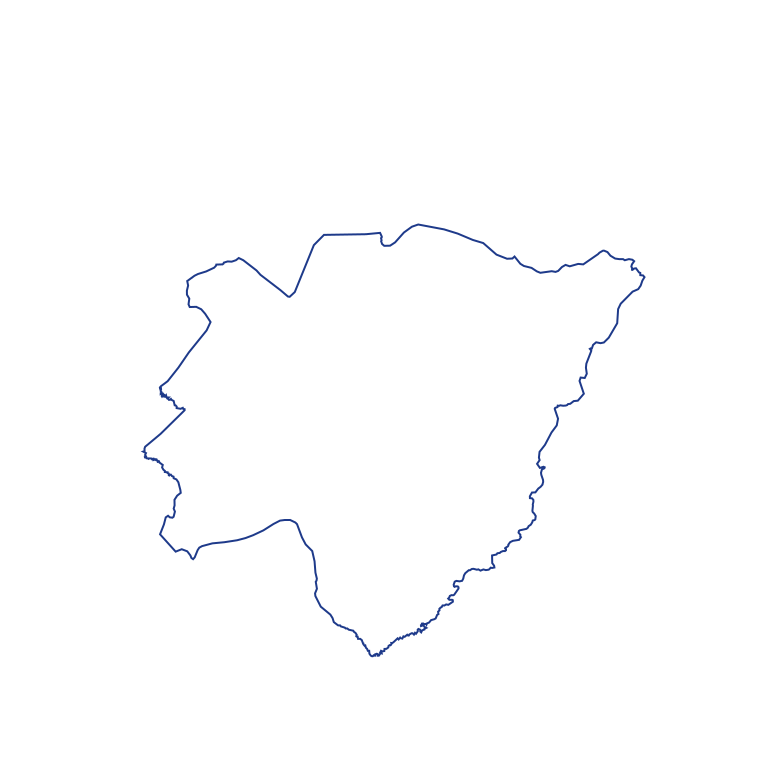 the district of Pangi, Maniema, Democratic Republic of the Congo, rotated 47°
{"feature_id": "63176286B98681964412172", "entity_name": "Pangi", "entity_type": "district", "adm_level": 2, "iso_a3": "COD", "parent_name": "Democratic Republic of the Congo", "parent_adm1": "Maniema", "projection": "orthographic", "projection_center": [26.781, -3.132], "detail": "fine", "context": "isolated", "style": "outline", "palette": "blue", "viewbox_px": 768, "rotation_deg": 47, "n_neighbors": 0, "source": "geoboundaries", "source_scale": "gbopen_adm2", "svg_char_len": 6165}
<svg xmlns="http://www.w3.org/2000/svg" viewBox="0 0 768 768"><g transform="rotate(47 384 384)"><path d="M420.7,170.0L419.8,174.1L420.1,179.5L419.0,182.1L415.9,184.4L409.3,193.8L405.9,195.4L399.7,196.9L393.1,201.2L389.1,202.3L379.8,201.6L379.8,204.5L376.3,208.6L366.1,213.5L348.6,215.3L339.2,220.8L324.3,227.5L311.9,234.6L290.7,250.2L288.0,256.3L286.8,266.1L288.0,279.3L287.0,285.2L283.1,289.6L280.3,289.9L277.6,288.7L277.3,287.8L275.3,286.7L275.3,285.8L274.7,285.1L270.8,283.8L262.1,295.1L234.0,326.2L234.6,340.6L255.9,386.5L255.9,393.5L254.5,394.6L244.9,395.7L219.9,399.9L214.0,399.8L197.5,402.5L192.8,404.3L192.5,407.8L191.1,411.0L190.6,412.0L187.7,414.8L186.0,418.4L186.5,419.2L186.4,420.5L182.3,425.2L182.9,426.1L183.1,428.9L180.4,437.3L176.7,445.0L175.6,448.7L174.5,457.7L178.4,460.1L181.3,464.5L184.3,467.2L188.8,468.2L192.4,472.6L195.2,473.6L199.5,468.7L204.7,466.7L210.6,466.9L220.4,468.6L223.8,477.1L227.8,505.2L231.8,523.2L234.4,540.3L233.5,548.6L233.7,550.3L234.0,550.5L234.0,549.7L234.6,549.7L236.1,550.9L236.0,551.4L236.7,552.1L238.1,552.2L238.6,553.0L238.4,553.5L238.9,554.0L239.1,552.9L240.0,552.2L240.5,552.3L240.3,553.1L241.3,554.8L241.8,554.9L241.5,553.2L242.3,553.0L242.8,553.7L243.3,553.4L243.2,553.0L242.7,553.0L242.6,552.2L243.8,552.4L243.6,551.1L245.6,552.2L246.5,552.3L246.3,551.4L246.9,550.8L246.9,551.6L248.9,552.1L249.6,551.3L249.6,550.0L250.7,550.2L253.0,549.4L256.8,551.6L257.4,551.0L259.1,551.0L260.2,552.1L263.4,549.7L264.2,547.4L265.3,547.8L266.4,547.0L267.2,547.7L268.1,581.3L267.0,601.5L267.9,603.2L269.8,604.9L269.2,606.2L272.2,605.2L273.0,607.2L274.5,607.4L274.2,608.6L274.7,608.9L275.7,608.1L276.4,608.3L277.5,607.2L278.1,607.3L278.5,606.2L279.9,604.9L280.6,604.5L281.0,605.0L281.4,604.8L281.6,603.3L282.0,603.3L282.5,604.0L282.9,602.9L283.5,603.0L283.6,602.0L284.0,601.8L284.4,602.3L286.2,601.7L286.1,602.4L286.6,602.6L287.3,601.3L288.2,601.8L292.3,601.0L293.7,603.2L296.3,603.8L298.1,603.5L298.9,604.3L301.0,602.5L301.5,603.0L302.7,602.5L303.9,603.6L304.4,603.5L304.3,602.5L304.9,601.7L306.7,601.9L308.2,601.1L309.5,602.1L312.2,600.9L315.6,601.4L322.6,605.2L325.0,606.9L324.6,611.4L325.8,616.2L330.0,620.0L331.7,622.8L334.7,623.9L337.6,628.4L337.5,629.9L335.4,631.6L333.1,631.8L332.7,634.6L336.6,640.7L341.2,650.3L364.5,650.7L366.9,644.6L372.2,642.0L377.3,642.5L379.9,643.5L381.9,643.1L381.7,640.7L378.4,633.6L377.7,630.7L378.5,627.6L383.5,618.2L390.8,608.7L398.1,598.0L402.2,590.4L405.3,582.9L408.8,572.0L411.0,560.3L413.0,553.2L415.8,549.3L419.4,545.4L424.8,543.3L427.2,543.2L440.2,548.6L447.9,550.7L457.2,550.4L466.3,555.7L475.2,562.8L480.5,565.8L481.8,567.5L482.1,568.8L488.0,572.7L490.1,577.2L492.3,578.8L503.7,582.1L516.1,580.5L520.2,581.3L523.9,583.1L529.2,582.2L530.7,580.7L531.8,580.9L535.5,578.8L536.6,578.8L537.7,577.6L539.7,577.3L543.5,574.7L544.6,575.0L546.6,574.6L548.8,575.0L549.5,576.3L550.1,576.3L550.8,575.6L552.7,576.8L554.2,575.2L556.2,574.9L559.2,576.2L559.7,576.0L560.3,576.6L562.3,576.7L562.5,576.0L564.5,577.1L566.2,577.0L568.1,577.8L569.0,576.8L571.3,578.6L573.7,578.9L575.0,578.4L575.5,577.7L575.3,576.5L576.0,575.8L576.6,575.9L576.8,575.6L575.7,574.8L576.4,573.2L576.9,573.0L578.7,573.7L579.1,572.9L578.2,572.4L578.9,571.8L578.5,570.1L579.5,569.4L578.8,569.0L577.7,569.7L577.1,568.1L578.4,567.6L579.5,565.9L578.1,564.3L579.3,562.9L579.5,561.6L579.6,560.5L578.7,559.4L578.8,558.0L579.5,557.5L579.5,556.6L579.2,555.8L578.4,555.3L579.1,554.7L579.3,553.2L579.3,547.5L580.8,547.5L580.5,545.3L580.9,545.4L582.7,544.2L581.8,541.9L583.0,541.3L583.2,538.0L584.5,537.9L584.9,537.3L584.5,536.3L585.1,533.8L585.8,533.1L587.7,533.0L587.1,531.0L588.5,530.9L587.9,527.9L586.7,527.0L586.6,525.9L588.1,525.2L589.0,525.4L589.8,526.3L591.0,526.2L590.2,524.1L591.1,521.9L590.6,521.4L591.2,519.4L589.0,520.1L587.4,519.6L586.3,522.0L585.6,521.5L585.6,520.2L585.1,519.7L585.8,518.7L586.9,518.5L588.1,516.9L589.0,517.1L588.4,515.8L589.2,513.7L588.8,510.6L590.3,507.7L590.7,506.1L589.1,502.6L589.4,501.1L587.4,499.7L587.4,497.8L586.2,496.9L586.1,495.0L586.5,494.1L585.9,492.2L587.2,490.9L587.6,488.9L589.4,487.5L590.2,482.1L589.0,481.1L588.2,481.4L586.4,483.4L584.7,483.4L584.7,482.1L583.9,480.4L584.4,478.7L585.7,477.5L586.0,476.4L584.4,469.0L583.4,468.1L582.3,468.1L580.9,469.5L580.5,470.7L579.7,470.8L578.3,469.9L576.8,467.1L577.3,465.4L579.9,463.3L581.2,461.1L580.4,458.8L578.5,456.0L577.8,453.6L578.0,449.0L578.8,448.2L579.2,445.9L580.2,444.6L583.2,442.7L583.9,441.4L586.3,440.7L587.4,437.8L589.6,436.4L591.1,434.2L591.3,433.5L591.1,431.2L592.2,430.5L593.5,428.4L592.0,427.4L588.8,427.0L583.1,421.9L585.4,418.0L585.1,416.5L586.5,414.6L586.5,413.1L587.3,411.0L588.7,409.5L588.8,408.2L588.0,407.4L586.9,407.6L586.6,407.2L587.2,404.2L587.0,403.3L586.3,402.7L585.7,399.6L586.6,396.7L590.1,391.5L589.4,388.3L588.4,388.3L587.3,387.1L584.5,387.0L583.5,385.6L583.6,384.5L587.1,378.6L587.2,376.8L586.6,375.2L587.0,372.6L586.3,370.0L585.3,368.3L586.2,366.7L586.2,365.7L584.1,363.1L581.2,362.5L579.2,362.6L578.0,362.0L574.6,358.1L573.6,357.4L572.0,355.0L570.6,353.8L568.6,353.7L567.0,355.1L565.6,353.9L564.3,349.8L566.5,347.2L565.7,342.5L566.0,339.6L565.6,336.1L565.5,336.6L564.2,334.4L562.6,333.1L557.7,330.9L556.0,329.7L554.2,326.8L555.0,324.2L554.5,323.3L553.3,323.8L551.7,327.2L546.8,326.5L545.8,322.1L543.5,320.9L539.7,316.5L538.3,307.8L533.7,294.6L532.1,285.9L528.1,280.4L518.6,276.1L518.2,275.1L519.2,272.9L518.3,271.7L519.4,270.8L519.8,269.6L522.1,267.8L523.7,265.8L524.3,264.5L524.2,263.1L525.5,261.3L525.9,256.9L528.4,253.6L527.4,244.5L515.1,238.9L513.4,235.8L516.5,233.1L514.8,228.7L509.8,225.2L507.1,222.1L501.3,210.1L500.9,209.6L498.7,209.5L498.9,208.5L499.8,207.8L498.0,204.4L498.2,200.4L501.8,197.8L503.6,194.9L503.4,188.0L498.6,172.0L488.9,161.7L486.7,156.1L486.0,139.2L488.0,133.4L487.1,129.2L484.6,124.5L483.5,120.6L481.3,120.5L479.2,122.3L477.5,120.8L476.3,121.4L471.2,120.8L470.1,122.4L470.0,124.4L469.6,124.7L468.6,123.6L466.8,123.0L465.6,121.1L464.8,117.3L462.5,117.6L459.7,119.7L457.7,123.5L455.7,124.0L453.1,126.8L449.9,129.4L444.6,130.9L439.9,130.6L436.6,132.1L435.8,133.0L434.9,136.9L435.0,138.9L432.4,156.7L428.6,160.1L424.6,167.9L420.7,170.0Z" fill="none" stroke="#1e3a8a" stroke-width="2"/></g></svg>